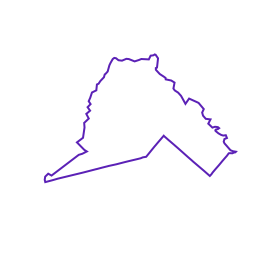 the district of Fairfield, Connecticut, United States of America, rotated 252°
{"feature_id": "52423323B86318670912748", "entity_name": "Fairfield", "entity_type": "district", "adm_level": 2, "iso_a3": "USA", "parent_name": "United States of America", "parent_adm1": "Connecticut", "projection": "equal_earth", "projection_center": [-73.42, 41.326], "detail": "fine", "context": "isolated", "style": "outline", "palette": "violet", "viewbox_px": 256, "rotation_deg": 252, "n_neighbors": 0, "source": "geoboundaries", "source_scale": "gbopen_adm2", "svg_char_len": 1917}
<svg xmlns="http://www.w3.org/2000/svg" viewBox="0 0 256 256"><g transform="rotate(252 128 128)"><path d="M96.4,116.5L96.3,117.9L95.5,127.8L95.3,130.7L95.5,133.0L95.0,136.4L102.0,147.2L105.4,152.7L109.6,159.6L109.1,159.8L106.8,161.2L103.9,162.9L102.8,163.6L94.2,168.8L92.0,170.1L81.4,176.3L77.6,178.6L76.0,179.5L64.0,186.9L57.1,191.0L58.2,193.0L59.5,194.7L61.8,198.4L64.3,202.6L65.8,205.0L67.4,207.5L69.4,210.8L71.0,213.5L72.6,215.7L72.8,216.0L72.6,217.1L71.7,219.4L71.9,221.1L71.7,222.6L72.1,223.3L73.5,220.6L75.2,218.6L83.6,215.0L85.4,214.8L87.7,216.3L87.9,219.0L90.9,218.8L91.4,216.2L92.6,214.5L94.6,212.7L94.9,212.4L97.4,210.8L98.3,210.3L98.9,210.4L99.4,211.2L99.2,213.1L99.7,214.6L101.0,213.8L101.9,212.0L102.3,211.0L102.3,208.4L106.8,206.0L107.3,205.7L110.7,209.1L112.7,204.8L116.5,203.2L117.3,203.2L119.8,203.3L120.5,204.0L122.6,205.9L130.0,202.9L130.8,202.1L137.1,195.2L133.2,190.1L139.0,189.0L142.1,188.4L146.2,186.6L146.3,186.5L149.0,184.3L149.5,184.0L151.5,183.4L156.8,186.3L159.8,183.8L162.6,178.9L164.0,179.2L165.8,177.9L169.5,174.9L173.4,173.1L174.8,172.5L176.4,173.0L176.5,174.2L177.7,174.8L185.0,178.1L189.1,176.9L189.7,176.1L189.4,175.2L189.3,174.4L189.8,171.9L186.8,169.0L189.5,162.0L189.3,159.4L189.3,154.9L193.3,150.1L194.3,147.8L193.9,143.1L195.4,139.9L198.1,138.1L198.9,136.6L198.3,134.8L195.3,131.5L193.4,129.7L188.0,126.1L186.5,123.5L186.1,122.4L183.7,120.8L181.2,116.2L179.2,113.7L179.0,111.9L173.6,109.5L172.9,104.7L168.4,101.4L165.6,98.9L162.3,99.8L160.3,96.0L156.2,97.3L154.3,92.7L149.1,93.6L146.4,87.9L141.9,86.8L132.6,82.2L130.1,75.0L120.7,79.7L118.4,81.6L117.6,76.5L117.7,72.9L106.4,40.6L109.2,38.0L107.3,34.2L104.5,32.8L102.1,32.6L101.7,39.7L101.5,45.7L99.5,71.6L98.7,84.8L98.7,85.0L98.6,85.3L98.6,85.6L98.6,85.8L98.4,89.4L98.3,91.1L98.3,91.5L98.2,92.3L98.2,92.8L98.0,95.6L97.9,97.1L97.9,97.6L97.1,105.5L96.6,113.6L96.4,116.5Z" fill="none" stroke="#5b21b6" stroke-width="2"/></g></svg>